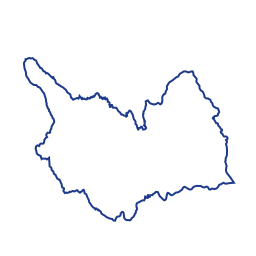 Port-Berge (Boriziny-Vaovao), Sofia, Madagascar (Equal Earth projection), rotated 167°
{"feature_id": "10022922B55197674782137", "entity_name": "Port-Berge (Boriziny-Vaovao)", "entity_type": "district", "adm_level": 2, "iso_a3": "MDG", "parent_name": "Madagascar", "parent_adm1": "Sofia", "projection": "equal_earth", "projection_center": [47.778, -15.801], "detail": "fine", "context": "isolated", "style": "outline", "palette": "blue", "viewbox_px": 256, "rotation_deg": 167, "n_neighbors": 0, "source": "geoboundaries", "source_scale": "gbopen_adm2", "svg_char_len": 5842}
<svg xmlns="http://www.w3.org/2000/svg" viewBox="0 0 256 256"><g transform="rotate(167 128 128)"><path d="M212.3,218.1L212.8,216.5L214.3,215.5L214.9,214.2L215.4,209.2L214.9,205.4L215.3,202.7L215.2,200.9L214.2,198.8L212.9,194.3L210.2,191.2L207.6,190.4L206.4,188.1L205.6,187.9L204.6,186.8L202.9,182.3L202.0,180.7L201.5,174.2L201.9,171.9L201.7,170.4L202.2,168.4L201.8,167.5L201.9,166.6L201.6,166.2L201.7,165.2L200.8,163.8L201.1,162.1L200.5,161.3L200.2,159.6L200.2,158.3L199.4,156.8L199.2,154.8L198.5,153.5L198.4,150.9L198.8,150.1L202.2,146.5L202.6,145.0L204.4,142.9L204.9,141.1L205.5,140.9L207.3,141.5L208.8,140.4L209.3,139.3L208.9,137.2L210.1,137.0L212.1,135.4L212.5,134.0L213.5,132.2L213.9,131.9L215.0,131.9L215.6,132.3L216.7,132.4L217.7,131.8L218.5,130.4L220.0,131.4L221.7,130.8L222.1,130.1L222.0,129.6L222.7,128.5L222.5,125.7L222.6,123.7L221.6,122.1L219.4,120.5L219.4,118.6L219.1,117.2L218.4,117.6L216.6,116.9L215.7,116.9L215.0,116.7L214.0,115.6L211.6,116.7L213.0,108.3L211.7,106.6L211.8,104.1L210.5,102.4L210.6,100.5L210.1,99.5L209.3,99.0L208.3,94.6L207.8,94.3L207.4,93.5L206.3,93.1L205.7,89.4L205.3,88.5L205.6,85.5L205.3,84.8L204.3,84.2L204.0,83.6L204.2,82.6L204.8,82.1L205.1,81.1L204.1,78.8L203.0,79.1L202.3,78.5L200.6,78.4L199.3,79.0L198.8,78.5L196.1,79.1L194.5,78.2L191.7,78.9L191.2,78.6L191.0,77.6L189.4,75.8L188.6,76.4L187.5,76.4L185.8,77.8L185.2,77.8L184.9,77.0L184.9,74.0L183.6,72.9L183.1,69.3L182.3,66.2L182.5,64.6L180.8,60.3L179.8,58.5L178.8,57.5L178.1,56.1L177.2,56.8L175.9,55.0L175.7,55.4L175.4,55.2L173.2,52.3L173.2,50.8L173.0,50.4L169.9,47.3L169.4,46.4L166.2,43.9L163.9,42.9L162.9,41.1L161.3,40.6L160.3,42.4L159.3,43.5L158.3,44.0L156.2,43.9L155.4,44.3L155.0,44.6L154.4,46.3L152.9,47.5L152.2,47.5L151.7,47.1L151.4,46.2L151.9,41.4L151.3,39.7L150.2,38.6L148.1,38.2L147.1,37.6L146.1,37.8L144.7,39.3L142.9,40.1L141.3,41.6L140.5,43.0L139.7,43.4L138.7,45.7L137.6,46.5L137.3,48.2L137.5,49.8L136.8,52.0L136.2,52.7L130.7,54.1L129.8,54.2L128.6,53.8L127.8,54.6L126.7,57.4L126.3,57.3L125.8,55.9L124.4,55.4L123.9,55.7L124.1,57.5L123.7,58.1L123.1,57.9L122.5,56.3L122.2,56.1L121.3,57.5L119.3,57.1L118.4,58.0L116.9,58.4L115.1,59.5L113.3,58.8L112.5,54.7L110.0,50.7L109.2,49.6L108.6,49.3L107.3,49.9L106.7,50.6L104.9,54.7L104.2,55.7L103.8,55.9L103.1,55.5L101.3,53.0L100.5,52.6L98.6,53.1L95.9,54.3L93.5,54.1L92.5,54.4L89.2,55.8L87.8,57.4L86.9,57.9L86.0,58.0L82.3,54.5L81.2,54.0L79.7,54.1L78.0,55.5L77.1,55.9L74.6,56.2L70.4,55.2L68.3,53.5L67.0,52.9L64.4,53.2L63.5,52.4L62.7,50.0L61.8,49.5L59.9,50.1L57.6,49.1L55.5,49.1L53.5,50.3L51.9,52.1L49.7,52.4L47.5,53.2L45.3,51.7L41.0,51.4L37.1,50.8L39.3,56.6L41.6,61.5L42.1,63.4L42.1,64.2L41.7,66.1L40.6,68.4L40.5,69.1L40.8,73.7L40.1,74.4L39.8,76.2L38.2,78.4L37.6,79.8L36.5,84.1L36.0,87.7L36.1,90.3L34.7,92.0L34.7,93.5L35.2,93.9L35.2,94.3L33.9,94.7L33.4,95.2L33.3,96.3L33.8,97.2L34.4,97.7L36.0,98.0L36.6,98.4L37.5,101.4L38.4,102.2L38.5,103.4L38.2,103.9L37.1,104.2L36.8,104.7L36.8,105.2L37.8,106.4L38.3,108.1L39.5,110.2L39.5,112.1L39.9,112.6L41.0,112.9L42.1,116.5L43.2,118.4L42.9,118.8L42.3,118.2L41.9,118.4L41.9,119.3L41.4,119.9L39.5,120.1L38.7,119.8L37.5,120.3L37.1,121.6L35.7,122.8L35.5,123.7L35.9,125.1L35.7,126.3L36.0,126.8L37.6,127.6L39.9,129.9L40.2,130.9L40.3,133.3L41.2,134.7L41.4,136.8L41.7,137.3L43.1,138.3L43.4,138.8L44.7,139.1L45.6,139.6L46.5,141.2L46.3,142.6L46.8,146.1L47.2,146.9L48.4,148.0L49.2,149.8L49.3,151.1L48.9,153.0L50.9,157.3L50.9,158.3L50.2,159.7L50.1,160.8L52.2,164.6L52.2,165.6L52.0,166.3L52.2,168.5L52.8,168.8L56.9,168.6L58.3,169.8L60.7,170.6L65.4,169.1L67.5,166.9L69.5,166.6L73.3,164.7L77.6,163.1L80.6,160.1L81.0,158.9L81.1,157.3L82.9,155.2L83.8,153.3L84.3,153.0L84.8,153.2L85.2,153.0L85.5,152.5L86.7,151.8L87.6,150.5L88.5,146.4L89.8,144.3L91.3,143.8L91.7,144.6L93.2,145.8L95.4,144.9L96.5,145.2L97.4,145.0L100.8,147.0L101.4,147.9L102.4,150.4L104.7,150.0L105.3,146.1L105.8,145.7L106.9,142.8L109.4,140.1L109.5,138.8L110.2,138.2L110.3,137.4L110.7,135.0L110.2,131.4L109.9,130.7L110.1,130.3L110.6,130.5L110.8,128.3L111.1,127.5L111.0,127.0L111.7,126.9L111.0,125.5L110.4,124.9L110.3,124.0L111.3,123.0L113.5,123.0L113.8,123.3L114.2,125.9L114.9,126.3L116.1,125.4L117.5,125.5L118.1,124.3L118.4,124.2L118.8,125.7L119.0,129.3L119.8,130.3L119.3,132.0L119.3,133.0L120.3,135.3L120.5,140.4L121.1,142.0L121.4,143.4L122.0,144.3L122.6,144.6L123.1,144.4L124.5,142.8L125.6,143.0L126.3,142.8L126.4,142.2L126.0,141.5L126.1,140.0L127.2,139.5L127.6,140.5L129.4,141.2L130.2,142.3L131.2,142.4L131.9,143.4L132.0,144.6L133.5,146.4L134.8,150.3L138.3,151.3L138.5,152.0L138.2,153.5L138.5,154.1L139.1,154.2L140.0,153.6L140.9,151.9L140.9,152.7L140.5,153.4L141.0,155.0L140.5,155.6L140.4,157.0L141.1,158.0L141.7,158.1L141.5,158.8L141.7,159.1L141.5,160.2L142.0,161.5L143.3,160.9L143.9,161.5L143.7,162.7L144.8,162.4L144.8,163.0L145.0,163.0L145.0,162.5L145.8,162.0L146.0,162.4L146.4,162.2L146.8,162.8L146.9,163.7L147.2,164.1L147.6,163.6L148.1,164.0L148.5,163.9L148.6,165.9L149.1,166.6L148.9,167.5L149.3,167.7L149.5,168.5L150.1,169.0L151.8,168.4L153.2,166.8L154.2,166.9L154.4,166.1L155.3,166.4L155.9,166.0L156.2,166.4L156.8,166.6L157.9,165.5L158.5,165.9L159.3,165.4L160.7,166.5L161.0,166.2L161.1,165.5L161.8,165.1L163.5,165.9L163.8,166.4L164.9,166.4L165.5,167.1L165.9,166.8L166.0,167.4L166.7,167.0L166.9,168.0L168.0,170.1L168.7,168.6L169.7,167.8L170.2,168.5L171.9,168.6L175.1,167.9L175.5,168.5L175.8,169.5L176.6,170.3L176.7,173.7L179.1,176.4L179.9,179.1L182.3,182.3L184.1,183.8L184.9,184.9L185.6,185.2L185.9,186.0L186.8,186.6L188.1,188.2L188.2,191.2L188.9,192.1L189.5,195.3L189.6,194.6L190.4,193.8L193.8,199.2L194.8,199.9L195.6,199.7L196.0,200.9L196.6,201.9L197.6,202.3L198.7,205.6L200.0,206.2L200.3,207.5L200.9,208.5L201.2,210.1L202.0,211.0L202.2,213.6L202.6,214.6L204.1,215.7L204.5,216.8L205.5,217.6L207.0,217.6L208.3,218.4L209.8,218.3L211.2,217.9L212.3,218.1Z" fill="none" stroke="#1e3a8a" stroke-width="2"/></g></svg>